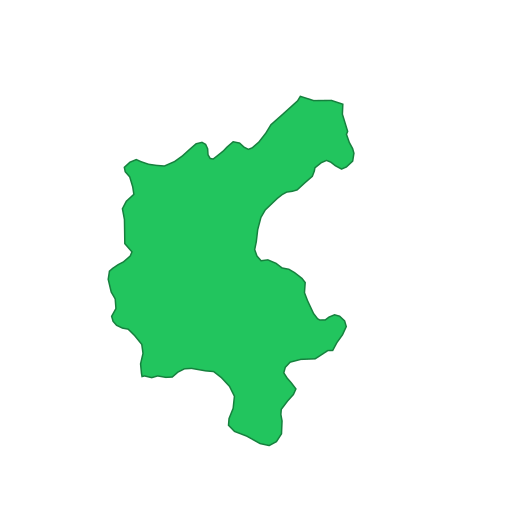 an SVG outline of Kumanovo, rotated 49°
{"feature_id": "MKD-2943", "entity_name": "Kumanovo", "entity_type": "Statistical Region", "adm_level": 1, "iso_a3": "MKD", "parent_name": "North Macedonia", "parent_adm1": "", "projection": "equal_earth", "projection_center": [21.78, 42.101], "detail": "fine", "context": "isolated", "style": "filled", "palette": "green", "viewbox_px": 512, "rotation_deg": 49, "n_neighbors": 0, "source": "natural_earth", "source_scale": "10m", "svg_char_len": 2051}
<svg xmlns="http://www.w3.org/2000/svg" viewBox="0 0 512 512"><g transform="rotate(49 256 256)"><path d="M164.6,117.8L176.6,110.5L188.1,97.0L198.4,90.9L205.7,97.8L222.1,105.1L223.5,107.9L231.5,111.1L238.3,112.6L242.7,114.7L247.8,120.8L248.1,129.4L246.5,134.4L239.9,136.9L234.2,138.0L230.1,140.1L228.4,145.5L228.1,153.7L230.1,156.2L232.8,161.2L232.8,171.2L233.1,181.6L230.9,186.3L227.9,190.9L226.8,195.9L226.5,202.0L226.8,208.8L227.3,218.8L230.1,227.0L237.2,237.4L245.4,246.4L250.3,252.8L256.6,255.3L262.9,255.3L266.7,249.6L274.7,245.7L282.1,244.2L287.6,239.9L293.9,237.8L303.1,236.0L308.3,236.3L311.9,239.9L315.5,243.5L323.4,246.4L337.1,250.3L343.7,250.7L346.1,249.9L349.7,245.7L350.0,241.0L351.9,235.3L356.3,232.4L363.1,231.7L368.5,234.2L372.2,242.4L374.4,251.7L377.6,260.1L374.5,263.8L372.4,278.8L363.4,290.0L358.5,299.9L359.2,306.9L362.4,311.7L368.5,312.6L375.3,312.6L382.5,313.1L385.1,318.7L386.1,327.1L388.3,337.5L391.9,341.2L397.6,344.6L406.9,353.4L409.2,361.3L409.5,362.4L407.7,370.4L400.2,376.0L385.8,381.2L374.3,387.3L365.7,387.8L361.0,383.0L356.0,373.2L347.7,364.3L337.0,361.5L325.1,361.9L315.4,363.8L309.6,369.4L298.5,378.4L294.2,384.0L292.4,391.1L292.4,398.6L288.4,403.7L282.0,408.9L279.4,414.5L273.4,418.8L272.2,421.1L269.4,419.4L261.7,413.9L255.4,405.2L247.8,400.2L236.4,399.8L227.3,400.5L222.8,404.1L216.8,406.7L211.5,406.7L206.8,404.5L203.8,396.2L196.0,390.4L188.2,388.9L176.6,382.8L172.3,377.7L171.3,376.6L171.3,372.2L172.1,365.7L173.5,359.9L173.5,350.9L171.5,346.9L166.5,346.9L160.6,346.9L151.5,339.2L142.1,331.3L132.7,325.8L130.2,319.5L129.6,317.9L129.3,307.7L123.0,303.7L113.5,299.4L106.6,299.4L102.7,297.2L102.5,289.6L104.7,283.1L109.4,280.9L116.3,276.9L122.2,271.8L128.0,266.1L131.3,255.5L132.2,245.8L132.0,236.7L132.0,227.6L134.8,222.2L138.7,220.8L143.4,222.2L148.1,225.8L152.3,226.6L154.7,224.7L155.0,220.0L155.3,211.4L154.8,206.6L154.8,198.3L160.0,194.3L166.1,193.6L170.5,191.8L171.9,187.8L171.9,179.1L169.7,167.9L166.7,158.5L166.6,144.6L166.2,122.8L164.6,117.8Z" fill="#22c55e" stroke="#15803d" stroke-width="1.5"/></g></svg>